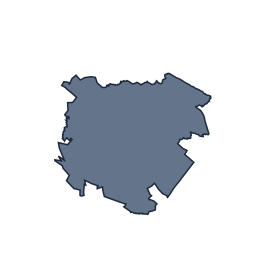 Chikomba, Mashonaland East, Zimbabwe, rotated 316°
{"feature_id": "62879985B62139417575129", "entity_name": "Chikomba", "entity_type": "district", "adm_level": 2, "iso_a3": "ZWE", "parent_name": "Zimbabwe", "parent_adm1": "Mashonaland East", "projection": "equal_earth", "projection_center": [31.281, -18.846], "detail": "fine", "context": "isolated", "style": "filled", "palette": "slate", "viewbox_px": 256, "rotation_deg": 316, "n_neighbors": 0, "source": "geoboundaries", "source_scale": "gbopen_adm2", "svg_char_len": 5749}
<svg xmlns="http://www.w3.org/2000/svg" viewBox="0 0 256 256"><g transform="rotate(316 128 128)"><path d="M209.3,161.7L209.2,161.6L208.9,161.1L208.6,160.3L207.9,159.5L207.4,158.7L207.3,158.4L207.2,157.8L207.4,157.5L207.4,157.2L207.0,157.1L206.9,157.0L206.7,155.7L206.7,155.0L206.9,154.2L206.8,153.4L206.3,152.5L205.7,150.5L205.7,149.9L205.2,148.9L205.2,148.6L204.5,147.3L204.0,146.0L203.8,144.9L203.7,143.7L202.8,142.4L202.4,141.7L202.4,140.1L202.2,139.5L200.5,134.4L199.6,130.1L198.5,127.0L197.7,125.5L196.6,121.4L196.0,119.4L195.9,118.7L195.8,118.2L195.6,118.1L195.4,117.1L195.2,116.9L194.6,116.6L193.9,116.0L193.1,116.2L192.3,115.5L191.6,115.3L190.6,116.0L190.4,116.3L190.1,116.9L189.9,118.2L189.6,118.6L189.0,118.6L187.7,117.9L187.4,117.6L186.8,117.5L185.5,118.1L184.7,118.9L183.9,119.0L183.6,119.3L183.2,119.3L182.6,119.1L182.1,118.8L181.7,117.8L181.4,116.5L181.2,115.4L181.5,114.0L180.7,114.0L179.9,114.5L179.2,114.7L178.7,114.4L178.3,114.7L178.0,114.7L177.5,114.6L176.7,114.0L175.7,113.6L175.4,113.4L175.2,112.7L174.6,110.7L174.5,110.0L174.3,109.7L174.0,109.2L174.0,108.5L174.3,108.1L174.2,107.8L172.9,107.9L172.3,107.6L171.9,107.1L171.5,106.9L169.1,106.6L168.6,106.1L167.2,105.9L167.0,105.7L167.1,104.2L166.6,102.9L166.6,102.4L166.5,102.0L165.8,101.2L164.5,101.0L163.6,100.3L163.2,100.3L162.2,99.8L161.9,99.4L161.7,98.8L161.7,98.1L161.1,96.7L161.1,95.5L160.6,94.5L160.3,93.3L160.0,93.0L159.6,93.1L158.3,92.5L158.1,92.1L157.9,91.1L157.6,90.9L157.1,91.1L156.6,90.8L156.1,90.7L155.6,90.2L155.3,89.5L155.1,89.4L154.4,90.1L154.3,90.7L154.1,90.8L154.0,90.7L153.9,90.3L153.4,90.2L152.8,90.5L152.3,90.3L151.7,90.3L151.4,89.9L150.9,89.6L150.3,89.7L149.6,89.2L149.3,88.9L149.1,88.2L148.6,88.2L148.4,87.4L147.5,86.1L146.8,85.8L146.4,84.9L146.2,84.2L146.0,83.8L145.1,83.9L144.8,83.6L144.4,83.5L143.7,84.0L143.4,84.4L143.3,84.5L143.1,84.1L143.2,83.2L143.0,82.8L142.7,82.6L142.3,82.6L141.2,83.4L140.8,83.4L140.3,83.1L140.1,83.1L139.4,82.5L138.9,82.4L138.5,81.9L138.3,81.4L137.9,81.2L137.7,80.6L137.2,74.0L139.7,68.9L137.0,65.4L131.9,61.7L127.0,60.3L127.3,53.9L121.7,53.6L117.8,55.2L116.8,55.8L116.4,55.8L116.9,53.9L114.1,50.1L109.8,51.4L110.9,54.6L111.1,57.9L111.7,62.9L112.3,70.2L106.0,71.2L102.1,67.8L97.0,73.8L91.9,74.4L91.4,75.5L93.2,79.1L92.1,80.2L90.8,77.8L90.6,77.9L90.4,78.5L90.5,79.2L90.2,79.3L89.8,79.2L89.4,79.7L89.1,79.8L88.7,79.4L88.7,80.1L88.9,80.5L88.6,80.9L87.2,81.1L87.2,81.7L87.0,82.5L86.8,82.7L86.0,82.9L86.2,83.4L86.1,83.8L85.5,84.4L85.3,84.4L85.1,84.8L84.7,84.3L84.4,84.1L83.8,84.0L82.7,83.5L82.3,83.6L82.0,84.2L81.9,84.6L81.1,84.8L80.9,85.5L80.6,85.4L80.4,85.9L80.1,85.6L79.9,85.8L79.4,85.7L78.7,85.8L77.1,87.1L76.8,87.8L76.5,87.8L76.2,87.6L75.5,88.5L75.0,88.7L74.7,89.3L74.5,90.1L74.2,90.2L74.0,89.9L73.5,89.9L73.3,93.3L74.0,93.0L77.0,92.5L77.3,96.4L79.7,95.7L79.8,97.4L78.2,97.7L73.9,97.9L73.9,98.1L72.9,98.1L67.8,90.1L64.4,95.3L63.8,97.0L59.8,106.9L58.4,99.9L57.2,105.3L53.3,100.1L53.2,100.2L52.7,100.7L54.5,109.5L53.3,112.0L52.9,121.2L47.1,123.2L47.0,133.9L50.4,139.3L46.7,143.1L46.6,143.5L46.7,143.8L47.1,144.0L47.3,144.5L48.2,145.2L49.5,145.9L51.0,144.0L52.3,142.6L57.2,138.4L57.3,138.3L57.9,139.7L60.5,135.4L63.3,142.9L64.0,144.3L65.9,148.1L66.3,148.5L66.2,148.8L66.0,149.1L65.3,149.2L65.1,148.9L63.7,150.3L68.7,152.6L66.0,156.3L63.4,160.9L69.6,173.5L72.4,179.0L73.5,180.9L73.9,181.8L73.3,181.3L72.6,181.4L72.2,182.0L71.7,182.0L71.4,182.0L70.9,181.8L70.7,181.9L70.2,181.8L71.9,190.6L71.4,190.7L71.4,190.8L71.7,190.9L72.2,190.8L72.9,192.3L73.0,193.0L73.2,193.3L73.9,194.2L74.1,194.2L74.2,194.5L74.3,195.2L74.9,195.7L75.8,195.9L75.9,196.2L75.9,196.9L76.0,197.2L76.2,197.4L76.5,197.4L76.8,197.2L77.0,197.3L77.3,197.6L77.2,198.0L77.4,198.2L78.0,198.7L78.2,199.0L78.6,198.9L78.8,199.0L78.9,199.4L78.9,199.8L78.9,200.0L79.5,200.6L79.7,200.4L79.9,200.7L79.9,201.0L80.3,201.6L81.5,202.6L82.2,203.9L85.3,202.8L87.4,204.4L90.8,205.9L93.2,203.5L94.1,202.8L96.1,202.7L95.9,198.7L94.2,194.9L93.5,194.2L93.8,193.0L97.9,193.1L97.7,190.8L100.0,184.9L104.6,186.2L108.7,186.2L107.4,193.6L107.3,199.2L108.9,203.6L108.3,204.6L108.3,205.4L110.3,205.0L110.9,205.0L120.3,202.8L129.1,201.8L131.1,201.4L151.4,198.4L151.3,195.9L151.2,195.5L151.1,193.5L150.4,186.5L154.8,185.2L154.7,184.5L153.3,181.0L152.8,173.7L154.7,173.6L155.1,173.5L155.6,173.2L156.2,173.2L156.4,173.0L156.5,173.0L156.7,172.4L156.9,172.3L157.4,172.3L158.5,173.3L159.2,173.7L159.4,173.7L159.6,173.8L159.9,173.7L160.2,173.8L160.5,173.5L161.0,173.4L161.3,173.8L161.3,174.8L161.4,175.2L161.9,175.5L162.6,176.6L163.0,177.1L163.4,177.2L163.4,176.6L163.8,176.6L164.0,177.0L164.3,177.2L164.5,177.8L165.1,178.0L165.6,178.8L166.3,178.7L167.1,177.6L167.8,177.3L168.3,177.3L168.5,176.9L168.9,176.5L169.3,175.5L169.7,175.3L169.7,174.8L170.5,174.6L170.5,175.3L170.6,176.0L172.2,178.0L172.5,178.6L173.1,180.1L173.8,181.2L174.0,182.0L173.9,182.9L174.2,183.9L174.3,184.2L174.8,184.6L175.8,186.2L175.9,186.4L176.2,186.4L176.6,185.7L176.7,185.0L176.9,184.7L177.3,184.8L177.7,185.3L178.1,185.3L178.6,185.1L178.9,185.2L179.1,185.5L179.1,186.3L179.3,186.7L179.6,186.9L180.3,187.1L180.9,188.4L181.3,188.6L181.6,188.6L182.0,188.4L182.4,187.9L188.6,175.8L190.0,173.8L191.4,171.0L192.4,166.2L191.2,159.1L191.5,159.5L192.0,160.3L193.0,160.3L193.6,160.7L194.6,160.7L194.8,160.8L195.5,161.3L195.6,162.1L195.8,162.5L196.2,162.8L196.3,163.4L195.9,164.0L196.0,164.2L196.6,164.3L197.1,163.9L197.4,164.5L197.7,164.6L198.2,164.6L198.6,164.4L199.5,164.1L200.2,164.6L201.0,164.7L201.1,165.0L201.4,165.1L201.5,164.8L201.8,164.8L202.1,165.1L203.1,164.8L203.9,165.1L204.9,165.0L205.3,165.2L205.5,164.7L206.1,164.1L206.8,164.0L207.3,164.2L207.5,164.1L208.2,164.2L208.4,164.1L208.2,163.6L208.2,163.4L208.8,163.0L209.4,162.8L209.4,162.6L209.3,162.1L209.3,161.7Z" fill="#64748b" stroke="#1e293b" stroke-width="1.5"/></g></svg>